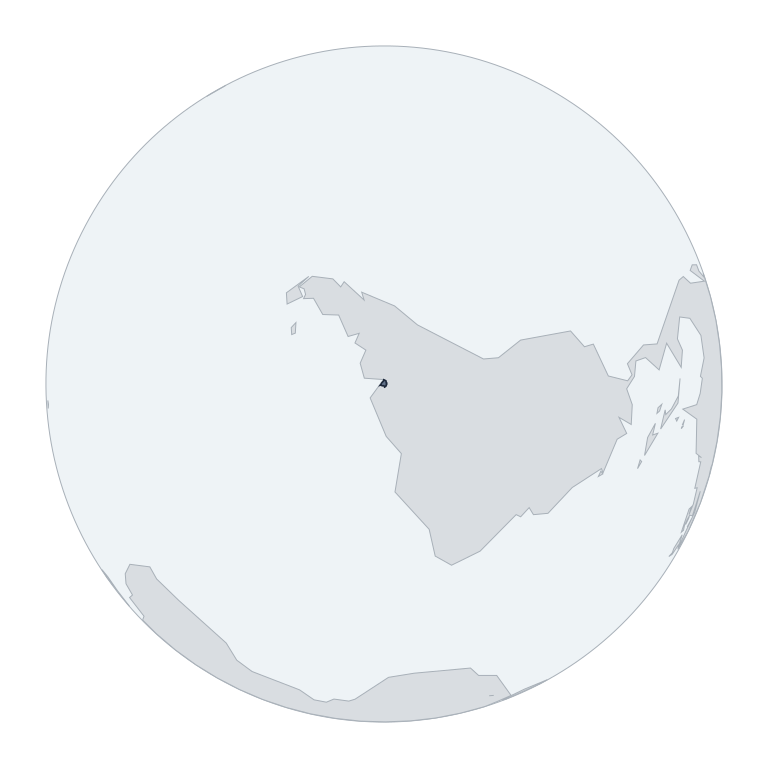 Soriano on an orthographic globe, rotated 118°
{"feature_id": "URY-11", "entity_name": "Soriano", "entity_type": "Department", "adm_level": 1, "iso_a3": "URY", "parent_name": "Uruguay", "parent_adm1": "", "projection": "orthographic", "projection_center": [-57.662, -33.492], "detail": "fine", "context": "on_globe", "style": "filled", "palette": "slate", "viewbox_px": 768, "rotation_deg": 118, "n_neighbors": 0, "source": "natural_earth", "source_scale": "10m", "svg_char_len": 4428}
<svg xmlns="http://www.w3.org/2000/svg" viewBox="0 0 768 768"><g transform="rotate(118 384 384)"><circle cx="384" cy="384" r="338" fill="#eef3f6" stroke="#a8b0b8"/><path d="M301.5,56.3L300.3,56.6L303.8,56.2L310.6,54.4L310.3,54.2L340.1,48.9L370.3,46.4L370.5,46.4L390.7,46.7L391.2,47.1L375.1,48.2L351.2,49.5L330.2,54.4L355.6,49.8L356.3,52.4L361.4,52.6L368.2,52.2L372.5,50.9L375.2,51.9L351.2,55.9L348.4,55.0L356.0,53.4L344.8,54.5L328.6,58.8L330.2,60.6L304.0,67.8L304.8,69.5L299.6,72.5L300.0,69.1L298.7,75.9L268.2,91.3L265.9,108.4L255.4,98.2L243.9,100.4L229.5,105.6L228.7,108.2L210.7,113.6L192.3,127.0L182.4,144.8L186.0,154.4L206.4,146.1L214.0,136.4L229.8,129.4L215.3,153.6L242.4,147.7L237.9,165.5L245.4,172.4L259.7,166.4L274.3,167.5L285.7,155.1L303.7,146.7L303.1,160.9L313.7,146.5L323.3,152.2L359.6,148.9L356.6,152.3L387.0,169.2L421.2,178.5L429.2,190.7L425.0,197.8L437.1,201.0L437.3,206.0L486.5,220.7L512.3,239.3L511.9,258.0L491.1,275.9L474.2,323.6L437.3,336.0L429.2,357.5L402.8,389.7L380.3,386.5L388.1,404.1L376.8,414.8L362.6,415.9L361.4,428.9L350.9,429.7L358.9,438.0L344.4,456.4L351.4,470.7L341.4,486.5L346.4,495.1L341.7,495.3L337.5,499.2L338.0,504.4L322.6,497.9L315.2,478.5L318.6,467.8L312.4,467.2L319.2,441.0L313.4,446.8L310.1,411.3L316.1,382.2L315.2,307.9L307.1,295.3L281.1,284.0L249.6,244.2L257.0,224.5L250.5,217.9L271.6,189.7L266.8,170.4L259.5,169.3L251.8,178.6L227.7,173.2L220.4,161.7L153.8,172.2L148.6,170.2L151.1,160.7L142.8,149.4L140.0,167.0L134.1,167.8L132.0,164.0L136.5,158.9L139.6,151.3L136.4,154.1L153.5,136.9L171.9,120.9L191.4,106.4L211.9,93.2L233.2,81.6L255.4,71.5L278.2,63.1L301.5,56.3ZM262.8,115.5L293.9,118.6L274.8,123.6L278.7,120.9L271.1,118.5L256.5,118.5L240.1,125.2L262.8,115.5ZM279.9,101.4L274.3,101.9L279.9,100.6L279.9,101.4ZM349.3,513.0L324.3,500.9L337.9,505.8L345.0,496.9L358.9,507.1L349.3,513.0ZM371.1,490.6L380.7,486.2L383.7,488.7L377.7,492.4L371.1,490.6ZM604.8,128.2L607.4,131.0L600.4,126.2L587.3,116.6L568.4,101.0L575.1,105.3L604.8,128.2ZM711.3,467.9L705.7,486.3L701.7,486.9L692.0,508.4L688.4,507.0L681.5,518.0L673.0,523.4L662.5,523.7L655.4,504.9L662.9,493.2L671.5,463.4L686.8,401.7L697.0,384.3L699.8,365.6L693.7,315.0L695.7,297.5L692.0,285.5L685.7,280.3L680.5,266.2L675.9,261.6L640.9,242.3L625.2,221.6L594.2,174.3L596.9,163.7L588.4,147.7L599.3,125.6L611.6,135.3L621.8,143.9L639.0,162.3L654.8,181.8L669.0,202.5L681.7,224.2L692.8,246.7L702.1,270.1L709.7,294.0L715.5,318.5L719.5,343.3L721.6,368.3L721.8,393.4L720.2,418.5L716.7,443.4L711.3,467.9ZM607.4,140.9L609.9,144.8L607.4,140.9ZM360.7,148.6L365.0,151.3L359.1,151.6L360.7,148.6ZM271.5,129.2L278.4,128.0L281.8,129.2L276.3,130.9L271.5,129.2ZM331.5,120.1L339.7,120.4L330.8,122.2L331.5,120.1ZM298.9,119.1L324.8,120.4L307.5,126.1L291.3,125.9L302.9,122.9L298.9,119.1ZM275.1,108.2L279.3,108.1L277.6,110.4L275.1,108.2ZM283.9,100.5L282.2,101.0L280.4,99.9L283.9,100.5ZM357.7,52.2L359.7,51.9L366.3,51.7L362.7,52.3L357.7,52.2ZM399.1,49.6L402.6,51.5L397.6,50.2L393.1,50.9L377.1,49.9L390.6,47.4L387.3,48.4L399.1,49.6ZM359.3,49.1L368.0,49.2L358.0,49.2L359.3,49.1ZM563.3,669.0L556.3,673.1L559.6,670.6L563.3,669.0ZM685.0,537.6L680.3,545.9L683.9,537.3L691.5,522.6L699.7,504.5L685.0,537.6ZM194.4,663.7L195.3,664.3L208.5,672.8L213.5,675.7L194.4,663.7Z" fill="#d9dde1" stroke="#a8b0b8" stroke-width="1"/><path d="M380.3,386.3L380.2,385.7L380.2,385.2L380.3,384.7L380.2,384.6L380.2,384.4L380.2,384.2L380.3,384.1L380.4,383.9L380.5,383.8L380.4,383.6L380.9,383.3L381.1,383.0L381.2,382.9L381.5,382.9L381.7,382.6L381.8,382.5L381.9,382.4L382.0,382.4L382.1,382.5L382.2,382.4L382.1,382.2L382.0,381.9L382.3,381.9L382.5,381.9L382.5,381.7L382.8,381.5L382.9,381.4L383.0,381.4L383.3,381.4L383.4,381.5L383.5,381.4L383.7,381.5L383.9,381.5L384.1,381.6L384.2,381.4L384.3,381.4L384.5,381.3L384.6,381.2L384.8,381.2L385.0,381.4L385.1,381.5L385.3,381.6L385.5,381.5L385.8,381.7L385.9,382.0L386.0,381.9L386.1,382.0L386.3,382.0L386.5,381.9L386.6,382.0L386.2,382.5L385.6,383.2L385.5,383.3L385.6,383.5L385.8,383.6L385.8,383.9L385.9,384.0L386.0,384.1L386.0,384.3L386.1,384.5L386.3,384.6L386.5,384.7L386.5,384.8L386.4,384.8L386.3,385.5L386.5,385.9L386.6,386.1L386.6,386.3L386.7,386.5L386.8,386.7L386.9,386.8L386.3,386.7L385.9,386.7L385.7,386.6L385.4,386.4L384.5,386.6L384.2,386.6L383.4,386.4L383.2,386.3L383.2,386.2L382.7,386.2L382.4,386.2L382.2,386.0L382.2,385.9L381.6,385.7L381.4,385.7L381.0,386.0L380.5,386.2L380.3,386.3L380.3,386.3Z" fill="#64748b" stroke="#1e293b" stroke-width="1.5"/></g></svg>